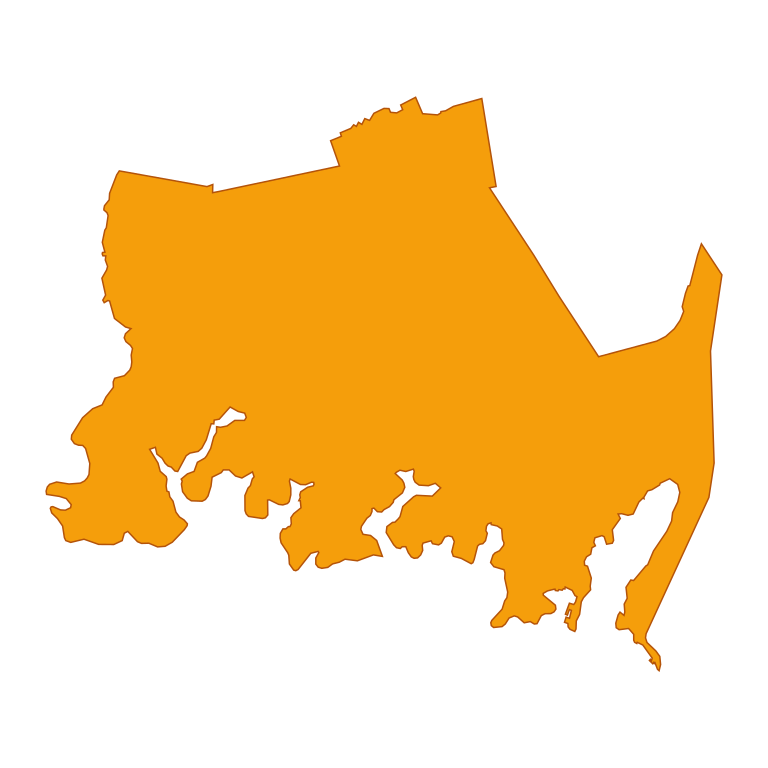 the district of Georges River, New South Wales, Australia
{"feature_id": "25037944B98162521374910", "entity_name": "Georges River", "entity_type": "district", "adm_level": 2, "iso_a3": "AUS", "parent_name": "Australia", "parent_adm1": "New South Wales", "projection": "equal_earth", "projection_center": [151.093, -33.973], "detail": "fine", "context": "isolated", "style": "filled", "palette": "amber", "viewbox_px": 768, "rotation_deg": 0, "n_neighbors": 0, "source": "geoboundaries", "source_scale": "gbopen_adm2", "svg_char_len": 6093}
<svg xmlns="http://www.w3.org/2000/svg" viewBox="0 0 768 768"><path d="M481.8,98.5L453.4,106.4L445.6,110.8L440.9,111.6L440.7,113.0L437.6,114.9L422.6,113.7L415.6,97.3L400.7,105.0L402.7,109.7L396.7,112.9L390.5,112.3L389.0,108.6L384.0,108.4L373.9,113.3L369.6,120.4L364.8,118.6L361.9,124.4L358.5,122.3L356.4,126.4L353.7,124.8L350.8,128.4L340.3,132.8L341.4,136.3L330.6,140.7L339.5,166.0L218.8,191.5L212.6,192.7L212.8,184.5L207.0,186.6L119.3,170.9L116.7,174.9L109.6,193.3L109.2,199.8L104.5,205.7L103.9,208.8L103.9,210.0L107.0,212.7L108.1,215.6L106.3,227.8L104.8,230.2L102.3,242.3L104.9,252.2L102.5,252.5L102.2,253.9L102.9,255.8L105.8,255.9L105.3,260.0L107.6,266.4L106.6,270.0L101.9,278.2L105.6,295.1L102.8,300.1L104.2,302.7L107.9,300.5L109.6,301.0L114.5,318.5L125.5,327.0L131.0,328.6L125.5,333.7L124.2,337.8L125.9,341.6L130.5,345.4L132.5,348.5L131.2,355.1L131.8,362.0L131.2,366.7L129.8,370.1L124.4,375.7L114.6,378.3L113.2,381.9L113.4,387.3L106.0,397.0L102.1,404.9L92.7,408.7L82.6,417.7L71.7,435.1L71.3,439.2L74.4,443.6L78.5,445.2L82.7,445.4L85.6,448.5L89.8,463.5L89.0,474.5L87.2,478.0L84.6,480.9L80.4,483.1L69.0,484.0L56.6,482.0L49.6,484.3L47.3,487.0L46.1,491.1L46.6,494.4L59.4,496.4L66.3,498.6L71.2,504.6L70.6,507.7L65.4,510.2L60.5,509.9L52.8,506.6L51.1,506.9L50.3,508.3L51.7,512.9L57.5,518.6L62.6,526.0L64.4,537.7L65.8,540.6L70.7,542.4L84.0,539.2L98.7,544.4L113.8,544.5L122.2,540.6L124.3,533.2L127.8,531.4L137.5,541.7L141.5,543.4L148.8,543.2L157.6,546.9L165.1,546.3L172.3,542.2L184.3,529.7L187.1,525.7L187.4,523.8L184.1,520.0L179.5,517.0L175.9,512.1L173.0,501.2L169.8,496.8L168.9,491.9L166.9,491.1L166.1,486.0L166.9,479.2L166.2,476.6L160.2,471.3L158.0,463.1L149.6,449.3L155.4,447.3L156.9,454.1L162.1,458.2L165.1,463.2L168.0,466.0L171.3,467.1L174.9,471.0L177.7,471.5L186.2,455.7L189.9,453.1L198.2,451.4L201.8,448.2L206.3,439.8L211.2,423.7L213.8,423.9L214.2,420.1L219.2,419.2L230.1,407.0L238.2,411.5L244.7,413.1L246.3,417.4L244.5,420.4L234.8,420.4L227.0,426.0L220.4,427.3L216.6,426.7L216.5,432.4L213.8,436.8L210.7,448.4L206.6,455.9L204.8,458.1L197.4,462.3L194.1,471.4L187.4,473.9L181.2,479.1L182.2,481.1L181.4,484.0L182.6,491.7L187.3,498.2L191.3,500.8L202.2,501.2L205.4,499.5L208.0,496.0L211.0,486.2L212.1,477.2L221.3,472.6L223.3,469.9L229.1,469.9L235.5,476.0L241.9,478.0L252.5,471.9L254.1,476.8L252.3,478.9L250.4,485.6L248.0,488.1L244.9,495.5L245.0,510.6L246.2,513.9L248.5,516.4L262.5,518.5L265.4,517.8L267.8,515.0L267.6,500.1L269.3,499.8L278.7,504.4L282.9,504.9L287.5,503.5L289.2,501.6L290.8,494.9L290.8,488.2L289.4,481.1L290.1,479.0L300.5,484.5L305.6,484.7L311.5,482.2L313.7,482.4L314.0,484.4L313.2,485.9L307.7,487.2L300.7,491.8L299.8,494.8L300.3,497.6L298.8,500.7L300.3,500.8L301.0,507.8L293.7,513.7L290.9,517.7L291.3,523.9L290.0,526.6L288.4,526.6L285.8,528.9L282.9,528.9L280.3,533.4L280.1,538.1L281.1,542.8L287.7,552.7L288.8,555.3L289.4,564.0L293.7,570.1L295.8,570.7L298.1,569.5L310.8,553.3L318.1,551.4L318.8,552.6L315.8,558.0L315.8,564.1L318.2,567.2L321.8,568.3L327.8,567.4L332.6,563.9L339.3,562.2L345.0,559.2L357.4,560.8L373.4,554.9L382.4,556.4L376.7,540.5L370.6,535.5L363.0,534.3L360.8,529.4L361.5,526.2L366.9,518.2L370.3,515.5L372.0,511.5L372.0,508.6L373.9,508.1L377.4,511.7L381.7,512.0L384.0,509.6L389.5,506.6L393.2,502.4L393.9,499.7L402.4,492.9L404.8,487.3L403.9,483.2L402.2,480.0L395.2,473.5L396.3,472.3L399.9,470.2L405.8,471.5L413.4,469.1L414.2,471.2L413.3,476.6L413.8,479.4L415.2,482.2L419.1,485.1L428.4,485.7L435.3,483.3L440.7,487.9L432.3,496.1L416.4,495.3L413.6,496.8L402.8,506.5L400.0,516.7L398.1,519.0L394.9,522.2L392.5,522.4L386.9,526.6L386.2,532.5L393.7,544.8L396.5,547.7L400.3,548.5L402.2,546.7L405.8,546.7L408.3,552.7L411.3,556.9L414.1,558.3L417.6,557.9L420.7,554.9L422.7,550.4L422.2,545.4L423.0,543.1L431.1,540.8L432.5,543.7L438.6,544.9L441.4,543.1L444.7,537.1L448.3,535.8L452.1,536.8L454.3,541.5L451.8,551.7L453.3,556.2L461.3,558.4L471.2,563.7L472.9,562.7L474.2,559.4L477.6,546.0L479.5,544.3L482.8,543.7L485.5,540.7L487.3,533.3L485.9,530.7L486.5,526.2L488.1,523.8L491.0,522.8L491.2,524.6L497.3,526.0L501.7,529.0L502.5,539.3L504.0,542.9L503.6,545.4L499.5,550.7L494.9,553.0L493.0,555.1L490.6,562.5L493.9,566.7L504.0,569.7L505.0,573.0L504.7,578.2L507.7,592.1L506.9,597.7L504.7,600.9L502.1,609.2L491.8,620.4L490.8,622.7L491.3,625.6L493.6,627.5L502.1,626.6L505.3,624.0L509.1,618.0L514.2,615.9L517.6,616.9L524.2,622.8L530.3,621.6L534.3,624.0L537.0,623.7L541.3,615.6L545.0,613.7L550.8,613.6L554.1,611.8L555.9,609.1L555.4,605.2L543.3,595.2L543.2,593.4L547.5,590.9L554.2,589.2L555.1,589.2L555.3,590.5L558.0,590.9L558.9,589.6L562.2,590.2L563.4,588.7L564.9,589.0L565.2,587.0L572.2,590.4L575.0,595.6L577.0,596.7L575.5,602.0L573.8,604.5L569.4,603.2L565.4,614.2L567.4,615.1L569.4,609.6L571.4,610.4L569.5,618.3L566.1,617.1L564.5,622.3L567.9,623.5L568.1,626.9L570.0,629.3L574.8,631.5L576.0,629.0L576.3,620.9L579.6,614.4L581.3,601.8L583.5,597.7L590.6,589.8L590.2,586.2L591.3,578.1L587.5,566.2L584.6,565.2L584.3,561.2L586.5,556.8L590.7,554.2L591.9,547.8L595.4,545.8L593.8,542.3L594.9,537.8L602.0,535.6L604.2,536.8L606.6,544.2L612.3,543.2L613.6,540.4L612.3,529.7L620.3,518.5L618.1,514.0L621.7,513.7L628.0,515.3L633.2,514.0L638.9,502.0L642.9,498.1L644.0,498.7L643.9,497.2L647.6,490.9L651.9,489.7L659.6,485.0L660.2,483.2L669.7,478.7L677.7,484.4L679.8,492.4L677.8,501.8L672.6,512.6L671.6,521.1L666.8,531.3L653.5,551.0L647.7,564.8L645.8,566.0L633.6,580.5L630.8,580.0L626.0,587.3L627.2,598.3L624.2,604.1L624.8,612.0L624.0,615.4L620.0,612.1L618.1,615.0L615.8,623.2L616.2,627.7L619.1,629.7L628.5,628.5L629.6,629.6L633.7,634.3L633.7,640.2L634.6,642.3L636.8,643.5L637.2,642.3L642.8,645.0L652.2,658.1L651.5,660.6L650.4,659.3L649.4,660.5L652.8,663.8L653.9,662.2L654.7,662.9L654.3,664.2L655.1,663.0L657.5,669.3L659.1,670.7L660.6,664.5L659.8,656.4L655.9,651.0L647.0,642.5L645.5,637.9L646.1,633.7L708.9,497.4L714.1,463.0L710.5,351.0L721.9,274.9L701.4,243.8L697.6,255.2L689.8,285.6L688.1,286.0L685.5,293.2L682.2,306.7L683.7,311.4L680.1,320.4L674.4,328.7L665.7,336.5L656.7,341.1L598.6,356.7L559.0,296.3L533.6,254.9L489.5,187.8L496.1,186.5L481.8,98.5Z" fill="#f59e0b" stroke="#b45309" stroke-width="1.5"/></svg>